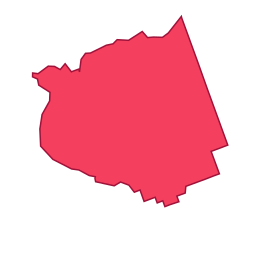 the district of Acadia, Louisiana, United States of America, rotated 70°
{"feature_id": "52423323B76935168618959", "entity_name": "Acadia", "entity_type": "district", "adm_level": 2, "iso_a3": "USA", "parent_name": "United States of America", "parent_adm1": "Louisiana", "projection": "mercator", "projection_center": [-92.42, 30.265], "detail": "fine", "context": "isolated", "style": "filled", "palette": "rose", "viewbox_px": 256, "rotation_deg": 70, "n_neighbors": 0, "source": "geoboundaries", "source_scale": "gbopen_adm2", "svg_char_len": 863}
<svg xmlns="http://www.w3.org/2000/svg" viewBox="0 0 256 256"><g transform="rotate(70 128 128)"><path d="M90.4,39.9L43.1,39.9L41.4,39.7L52.5,57.6L54.6,64.6L51.3,72.9L49.7,78.7L42.2,81.6L45.8,97.5L41.3,108.0L43.8,113.3L42.8,120.0L44.7,137.7L43.3,142.4L47.5,148.6L58.7,154.4L55.8,154.1L55.8,162.0L46.1,165.1L49.9,171.7L45.0,176.0L42.6,181.8L46.2,193.9L43.7,198.8L47.3,200.2L51.0,196.3L57.2,197.2L67.8,189.1L75.8,192.4L85.9,204.1L98.7,211.1L115.2,216.3L131.8,209.3L147.2,195.0L150.6,188.6L159.4,180.7L162.6,175.4L164.1,176.3L167.4,176.8L177.6,160.7L176.2,153.5L182.0,146.7L190.5,144.0L190.4,137.9L202.5,138.0L202.4,126.2L208.4,126.2L208.3,120.2L214.5,120.2L214.4,114.4L214.7,105.4L208.7,105.4L208.7,96.5L202.6,93.6L202.5,72.7L202.3,63.6L202.3,57.8L178.4,57.9L178.2,40.1L171.3,40.1L118.6,40.1L90.4,39.9Z" fill="#f43f5e" stroke="#9f1239" stroke-width="1.5"/></g></svg>